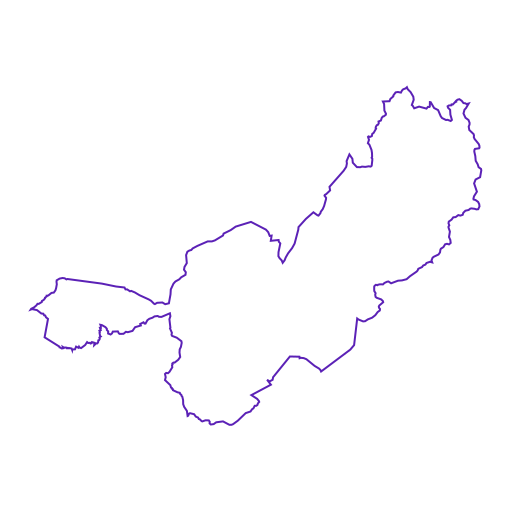 outline of Zoquitlán, Puebla, Mexico
{"feature_id": "50627088B95071614808340", "entity_name": "Zoquitlán", "entity_type": "district", "adm_level": 2, "iso_a3": "MEX", "parent_name": "Mexico", "parent_adm1": "Puebla", "projection": "albers", "projection_center": [-97.006, 18.385], "detail": "fine", "context": "isolated", "style": "outline", "palette": "violet", "viewbox_px": 512, "rotation_deg": 0, "n_neighbors": 0, "source": "geoboundaries", "source_scale": "gbopen_adm2", "svg_char_len": 6036}
<svg xmlns="http://www.w3.org/2000/svg" viewBox="0 0 512 512"><path d="M432.2,262.4L431.5,260.4L432.6,257.7L433.7,256.8L438.5,254.5L440.0,252.4L440.4,249.7L440.9,248.7L443.4,247.1L445.1,244.3L447.0,243.8L449.0,244.4L450.7,242.9L450.3,239.9L449.0,237.0L449.9,231.6L448.5,227.5L448.5,226.6L449.3,225.3L448.5,223.3L448.8,221.6L451.5,219.7L453.3,217.3L455.6,217.1L458.3,215.1L460.4,215.6L462.7,214.8L463.3,212.8L465.4,210.7L468.6,210.0L470.2,208.7L471.3,208.4L474.6,208.8L476.4,209.4L478.2,209.2L479.5,206.4L479.2,204.1L478.1,201.9L475.5,200.0L473.6,199.5L473.4,198.8L474.0,196.3L476.9,191.7L474.1,183.4L475.6,179.5L480.1,177.2L481.3,170.3L481.0,168.9L478.6,167.2L477.7,164.3L475.7,160.8L475.3,156.1L474.3,151.6L474.4,150.0L475.0,148.9L479.1,148.3L479.5,147.7L479.4,145.8L478.7,144.0L474.6,139.0L473.8,137.2L474.0,135.6L473.6,134.1L469.3,130.0L468.7,126.6L469.5,124.6L469.6,122.9L468.5,120.0L465.5,117.8L463.5,113.5L464.5,109.7L466.0,108.1L468.7,103.5L466.6,104.1L465.3,103.3L463.5,103.1L461.7,100.8L459.4,99.2L457.5,99.7L456.1,100.8L455.3,101.8L455.7,102.0L454.5,102.7L453.0,104.4L451.6,104.4L451.4,105.3L448.8,105.5L447.6,106.3L448.0,107.7L450.1,109.8L450.4,114.7L451.9,119.9L450.7,121.0L447.6,119.8L446.0,120.0L442.0,118.0L440.7,116.2L438.1,110.1L434.1,108.0L430.7,102.2L429.9,102.1L429.8,106.6L429.3,107.0L427.9,106.9L426.5,108.6L419.1,106.6L414.2,108.3L412.8,105.9L411.8,105.0L413.7,99.8L413.3,96.7L410.6,92.1L407.7,89.2L406.9,87.2L405.6,88.4L403.2,89.3L402.0,90.5L400.9,92.6L397.9,92.0L395.6,92.4L393.3,95.5L393.3,96.4L390.4,98.9L389.5,101.2L382.9,101.5L384.1,104.0L384.4,110.6L386.0,113.8L385.8,114.8L383.7,116.4L382.9,116.5L381.8,117.7L380.9,120.5L378.5,121.5L378.8,123.1L378.0,124.7L376.8,125.2L375.9,126.7L375.6,128.0L376.1,128.6L373.6,132.9L372.3,133.8L371.8,136.1L370.0,136.9L368.5,136.4L368.0,136.9L369.0,139.8L367.9,143.2L369.4,144.7L371.5,149.9L372.0,153.0L372.1,156.8L371.6,157.8L372.3,158.6L372.3,160.2L371.7,165.6L371.4,166.1L370.6,166.6L368.7,166.3L365.4,166.9L362.0,166.6L360.3,167.2L356.9,167.1L352.8,162.7L352.4,158.8L349.4,154.4L346.6,161.1L346.9,163.5L346.2,166.9L343.6,170.8L329.5,186.8L330.1,190.4L326.2,194.1L324.8,194.9L324.5,195.7L326.1,197.8L326.0,199.2L324.1,206.0L322.7,209.2L320.8,211.7L320.4,213.2L318.5,215.6L317.5,215.3L313.4,212.3L305.9,218.9L298.5,227.1L298.3,229.6L294.6,243.6L292.1,248.1L288.1,253.3L285.7,257.5L284.6,260.3L282.7,262.8L281.7,260.4L279.6,258.2L278.4,256.2L278.5,252.2L280.3,243.4L278.8,241.7L278.6,240.0L270.8,240.8L271.6,235.6L269.7,235.9L268.2,232.1L265.9,229.6L251.0,221.9L235.7,226.6L230.7,230.1L223.6,233.6L223.0,235.5L214.9,240.4L211.9,241.4L207.7,241.4L197.4,245.9L192.7,248.4L191.3,250.0L189.4,250.5L187.4,251.7L186.1,255.1L186.8,263.1L184.5,266.9L184.0,269.7L185.8,272.2L185.5,274.8L181.2,277.3L179.3,279.3L175.4,281.5L173.5,283.6L170.8,289.4L170.5,294.4L168.9,303.3L165.2,304.2L162.4,302.5L157.1,302.8L154.9,304.1L154.0,303.7L151.1,300.8L148.7,299.4L139.5,295.2L134.8,292.4L131.2,290.9L130.0,291.3L127.2,289.4L125.5,289.4L124.5,287.5L116.0,286.5L101.8,283.6L67.4,279.0L66.4,279.4L64.7,278.3L62.6,278.0L59.6,278.6L56.7,280.3L56.5,281.7L56.8,284.3L56.1,288.2L55.4,290.4L53.8,292.6L51.5,292.9L48.3,295.5L46.7,295.7L46.8,296.3L45.0,297.7L45.1,298.2L43.6,300.0L42.0,300.9L41.8,302.0L38.7,303.9L37.5,303.8L36.4,305.4L34.0,307.4L31.2,308.8L30.7,309.6L32.0,309.1L37.0,310.1L41.3,313.5L43.3,313.7L44.1,315.3L45.2,315.5L46.0,317.3L48.0,318.9L44.6,337.3L59.2,346.5L59.8,348.0L59.8,347.3L61.8,348.5L63.3,348.2L62.9,347.0L63.7,347.5L65.8,347.5L66.8,348.2L67.0,347.8L68.8,348.3L69.0,348.0L71.6,348.5L72.2,350.1L72.3,349.5L75.0,349.3L76.1,346.6L78.5,347.8L79.0,346.7L79.5,347.5L81.1,348.1L85.2,345.0L87.1,342.1L88.2,343.0L90.1,342.8L90.5,343.5L91.6,343.2L92.0,342.1L94.5,342.8L94.2,345.2L96.1,343.4L97.3,343.4L98.1,342.3L98.3,340.4L99.0,340.2L99.8,338.8L99.4,337.5L100.7,336.5L100.1,336.1L99.5,332.7L99.9,332.1L99.4,330.7L100.7,330.2L100.0,328.0L100.8,328.1L100.8,325.8L100.4,324.8L101.9,325.1L105.4,327.1L106.8,328.7L106.8,329.9L108.2,331.4L108.1,333.5L110.6,334.5L112.0,333.4L112.8,331.6L117.9,331.4L118.8,333.3L119.6,333.9L123.5,333.8L125.9,331.8L127.8,332.2L132.5,330.9L135.1,327.2L140.8,325.5L140.2,324.0L143.5,322.3L144.5,323.6L145.5,323.6L147.4,320.2L149.3,318.8L152.5,317.7L154.5,316.4L157.7,316.0L159.0,316.8L161.5,316.9L169.9,313.3L170.4,316.2L169.4,319.2L170.4,327.7L170.0,328.4L171.9,332.8L171.5,334.7L172.1,335.9L176.8,337.7L181.4,341.2L181.7,342.9L180.9,346.9L179.7,349.4L179.5,352.6L180.2,357.0L178.2,359.8L174.6,362.6L173.4,362.6L172.3,363.5L172.6,364.5L172.0,365.2L172.3,367.3L169.5,371.8L168.0,373.2L166.2,372.9L165.0,374.0L165.7,377.2L165.0,380.1L170.3,385.1L171.0,387.5L171.9,388.0L171.9,388.7L172.9,389.2L173.0,390.2L177.5,392.3L179.8,392.8L180.2,394.0L181.3,394.8L181.5,395.8L182.3,396.7L183.1,400.1L183.2,404.2L184.2,406.9L186.9,410.9L187.6,416.0L188.2,415.7L189.0,413.7L190.0,413.2L194.1,414.2L195.8,416.6L198.1,417.6L198.8,419.0L199.8,419.3L201.6,421.1L202.3,421.4L205.5,420.3L208.8,420.4L209.7,421.7L209.6,423.4L210.8,424.5L213.7,424.1L216.2,422.3L223.0,421.4L229.4,424.8L231.5,424.8L233.0,424.2L237.8,420.7L245.7,413.1L250.5,411.5L252.1,409.2L253.4,408.4L254.7,405.8L256.2,405.8L257.4,405.0L257.9,403.4L259.2,401.9L259.0,401.2L257.2,398.9L251.4,395.1L270.9,384.7L267.1,379.8L269.6,381.4L272.6,379.8L273.1,377.2L289.9,356.5L299.4,356.7L299.6,358.2L300.7,357.8L303.7,358.1L306.4,359.2L314.6,365.9L319.1,368.6L320.5,370.1L321.1,371.5L350.3,349.6L354.1,345.1L357.2,318.5L358.5,319.5L363.1,321.4L365.1,321.2L367.8,319.4L372.1,317.7L375.3,315.2L377.7,312.0L379.8,310.5L380.0,309.0L379.0,307.7L378.8,306.5L379.3,305.5L383.2,302.2L382.9,301.1L381.2,299.4L376.7,297.8L375.6,296.9L375.2,294.8L375.6,293.2L374.3,291.1L374.2,289.8L374.2,286.7L374.6,285.8L375.9,284.8L377.5,285.2L378.1,284.7L380.0,284.3L383.0,284.4L384.4,283.0L387.1,281.7L388.5,281.5L391.1,283.3L398.0,280.7L402.0,280.4L406.6,279.2L410.0,276.2L416.6,271.6L417.6,270.5L418.3,268.8L422.0,267.1L423.2,265.5L425.4,264.6L426.5,263.0L430.0,261.8L432.2,262.4Z" fill="none" stroke="#5b21b6" stroke-width="2"/></svg>